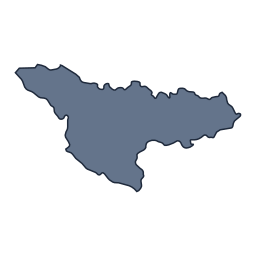 outline of Timis
{"feature_id": "ROU-280", "entity_name": "Timis", "entity_type": "County", "adm_level": 1, "iso_a3": "ROU", "parent_name": "Romania", "parent_adm1": "", "projection": "natural_earth1", "projection_center": [21.523, 45.663], "detail": "fine", "context": "isolated", "style": "filled", "palette": "slate", "viewbox_px": 256, "rotation_deg": 0, "n_neighbors": 0, "source": "natural_earth", "source_scale": "10m", "svg_char_len": 4113}
<svg xmlns="http://www.w3.org/2000/svg" viewBox="0 0 256 256"><path d="M51.1,70.0L56.6,69.0L58.5,68.1L60.0,66.6L60.5,65.4L60.5,65.1L62.0,65.6L75.8,74.2L79.3,77.3L80.2,79.7L81.5,81.5L82.7,82.2L84.2,82.6L90.2,83.6L91.1,83.6L92.9,83.2L94.1,83.1L96.2,83.6L97.2,84.2L97.6,84.8L97.4,86.2L97.6,87.1L98.9,88.6L100.2,89.2L101.6,89.4L102.6,89.4L103.3,89.0L103.7,88.4L103.9,87.7L103.9,86.3L104.1,85.6L104.6,84.9L105.4,84.2L106.4,83.7L107.9,83.5L108.6,83.8L108.8,84.3L109.0,85.4L109.7,86.9L112.3,89.2L113.9,90.0L115.3,90.0L117.6,88.2L118.7,87.8L120.1,87.6L121.8,87.7L122.8,88.1L124.2,89.6L124.8,89.7L125.5,89.5L127.7,87.5L130.3,85.7L130.9,85.1L131.3,84.3L131.4,83.4L131.4,82.6L131.6,81.9L132.6,81.4L134.3,81.2L137.5,81.5L139.1,82.0L139.9,82.7L140.0,83.6L140.0,84.5L140.2,85.5L140.9,86.4L141.9,86.7L144.5,86.3L145.6,86.5L146.6,87.1L148.8,89.1L150.8,90.6L151.6,91.6L152.0,92.4L151.9,93.1L151.6,93.8L151.4,94.4L151.5,94.9L151.9,95.3L153.2,96.1L153.8,96.8L154.3,97.5L155.0,98.3L155.8,98.2L156.3,97.6L157.3,95.7L158.6,93.6L159.3,92.8L160.2,92.4L161.5,92.3L164.7,93.6L165.9,94.3L166.7,95.0L167.9,96.8L168.7,97.7L169.3,97.9L169.7,97.7L169.9,97.1L169.8,95.4L169.8,94.4L169.9,93.5L170.4,92.7L170.9,92.8L171.6,93.2L172.5,93.9L173.5,94.2L175.6,94.2L176.4,94.1L177.0,93.7L177.3,93.0L178.0,90.3L178.3,89.5L178.7,88.9L179.4,88.5L180.6,88.3L182.9,88.3L184.4,88.7L185.4,89.4L186.2,90.3L187.5,91.2L189.2,91.7L193.1,92.0L194.0,92.4L194.6,93.1L194.9,94.0L195.3,94.6L196.0,95.1L197.7,95.7L198.4,96.2L199.1,97.0L200.2,97.9L201.6,98.2L203.2,98.2L205.1,98.0L206.5,98.2L208.9,99.4L209.8,99.4L210.4,99.0L211.0,98.4L211.7,97.7L212.5,97.4L216.1,96.6L217.9,96.5L218.4,96.2L218.9,95.8L219.5,94.0L219.9,93.5L220.3,93.1L222.1,92.3L225.4,95.5L226.4,97.5L226.7,99.8L227.1,101.3L227.7,103.2L228.7,104.4L231.4,106.3L232.2,107.1L233.1,108.7L235.0,112.7L235.8,113.8L236.6,114.2L237.8,113.6L238.6,113.4L239.3,113.5L240.4,114.0L240.6,114.9L240.4,115.8L239.6,116.7L235.7,119.9L234.5,121.0L233.8,122.3L233.3,123.5L232.9,125.8L232.6,126.7L232.2,127.3L231.9,127.7L231.1,128.0L220.2,129.8L216.6,132.1L213.9,137.2L213.3,137.6L212.6,137.6L211.8,137.4L210.9,137.3L209.5,137.5L208.7,137.3L208.0,137.0L206.8,135.8L206.1,135.2L204.7,135.0L203.7,135.4L201.2,137.4L198.8,138.8L196.7,139.5L194.4,139.8L191.0,139.8L190.4,140.2L190.3,140.9L190.5,141.7L190.7,143.2L190.9,143.8L191.3,144.1L191.8,144.2L193.2,144.3L193.3,144.7L192.6,145.5L190.1,147.1L188.2,147.7L186.3,148.0L185.0,147.8L183.9,147.3L183.1,146.7L182.4,145.8L181.8,144.9L180.9,142.9L180.2,141.9L179.3,141.2L177.8,140.8L176.9,141.0L173.4,143.0L168.8,144.8L166.5,145.3L164.7,145.3L164.0,144.8L162.7,143.3L161.7,142.7L160.6,142.3L158.4,141.7L156.5,140.7L154.9,140.3L151.9,140.3L149.1,141.2L147.4,142.2L146.4,143.5L146.0,144.9L145.8,146.3L145.8,147.5L145.1,148.7L143.7,150.0L139.6,152.1L137.8,153.4L136.9,154.6L137.0,155.6L137.1,156.9L137.1,158.0L136.7,159.1L135.7,160.9L135.4,161.9L135.5,162.9L135.8,164.0L136.4,164.9L139.8,168.1L141.7,169.5L142.5,170.3L143.0,171.2L143.3,172.1L143.3,173.0L143.3,173.8L143.3,174.4L143.7,175.7L143.6,176.4L143.2,177.1L141.3,179.3L141.0,180.3L141.0,181.6L141.5,185.0L141.5,186.3L141.0,187.5L140.5,188.5L138.7,190.6L136.8,191.5L134.4,188.9L131.8,187.0L129.1,185.7L118.6,182.8L114.5,182.6L112.7,182.0L109.5,179.9L107.9,178.2L104.5,173.8L102.9,172.7L101.9,173.0L100.3,174.5L99.4,174.9L98.2,174.7L97.4,174.0L96.5,173.1L95.5,172.4L90.9,170.5L87.4,169.1L85.9,168.0L82.1,163.5L75.8,158.4L72.6,154.2L71.2,152.9L69.6,152.2L67.8,151.7L66.4,150.9L65.8,149.1L68.0,147.5L69.4,146.2L69.7,144.5L68.4,141.6L65.6,137.2L65.2,135.1L66.0,132.0L67.1,129.8L67.5,128.7L67.7,126.9L67.7,120.4L67.9,119.2L68.3,118.0L68.3,116.9L67.5,115.6L66.3,115.1L65.2,115.5L64.4,116.6L63.8,118.0L62.6,118.9L61.2,119.2L59.9,119.0L58.8,118.0L57.8,116.3L55.6,113.8L54.7,112.4L54.4,111.6L54.3,111.2L54.1,108.6L53.8,107.6L53.1,106.8L51.4,105.8L50.7,105.2L47.5,100.0L46.0,98.7L44.1,98.1L40.4,97.7L38.6,96.9L33.5,92.7L31.7,91.6L27.8,90.1L26.2,89.0L24.7,87.0L22.6,81.3L21.5,79.4L15.4,72.7L19.3,68.2L35.1,67.8L37.5,64.5L41.5,65.3L45.3,66.7L48.2,69.0L49.1,69.6L50.3,70.0L51.1,70.0Z" fill="#64748b" stroke="#1e293b" stroke-width="1.5"/></svg>